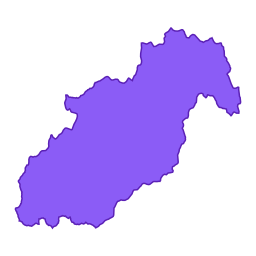 outline of Canta, Lima, Peru
{"feature_id": "86281439B11462215509346", "entity_name": "Canta", "entity_type": "district", "adm_level": 2, "iso_a3": "PER", "parent_name": "Peru", "parent_adm1": "Lima", "projection": "equal_earth", "projection_center": [-76.765, -11.534], "detail": "fine", "context": "isolated", "style": "filled", "palette": "violet", "viewbox_px": 256, "rotation_deg": 0, "n_neighbors": 0, "source": "geoboundaries", "source_scale": "gbopen_adm2", "svg_char_len": 5721}
<svg xmlns="http://www.w3.org/2000/svg" viewBox="0 0 256 256"><path d="M212.0,37.9L211.7,38.2L210.2,38.4L208.5,40.1L207.7,40.5L205.8,40.9L203.2,42.4L202.4,41.7L200.4,41.2L200.0,40.9L194.7,35.0L193.0,34.5L192.4,34.6L190.6,35.8L190.1,36.3L189.4,37.5L188.9,37.9L186.7,37.5L186.3,37.2L185.8,35.6L184.8,33.8L184.3,31.9L182.7,29.8L181.7,29.7L179.0,30.8L177.3,31.1L174.8,30.9L173.0,30.1L171.3,28.1L170.9,28.0L168.5,31.4L165.8,33.0L165.1,33.6L164.7,34.3L165.5,36.2L165.4,36.5L164.1,38.2L164.6,41.8L163.8,43.5L163.1,44.2L162.5,44.4L159.4,44.2L158.5,44.6L155.8,46.3L153.7,46.5L151.3,42.5L150.6,42.2L148.9,42.9L147.7,43.7L146.4,44.0L142.8,42.9L141.4,43.1L141.4,45.6L141.6,47.9L140.7,53.5L140.6,56.6L141.6,60.5L141.5,62.6L140.8,64.5L140.4,64.9L138.8,65.2L137.9,65.8L137.3,67.5L137.3,69.7L135.7,74.5L135.4,75.0L134.5,75.5L134.2,76.0L132.7,79.3L132.4,80.6L131.1,79.9L129.4,78.4L128.6,78.1L128.2,78.5L126.4,81.5L124.3,83.1L122.8,83.1L120.0,82.2L119.0,81.4L118.3,80.0L117.4,79.3L115.4,79.2L113.0,80.0L111.7,80.0L110.5,79.3L109.4,77.9L108.5,77.1L107.8,76.6L106.7,76.6L105.2,77.2L103.2,78.8L99.8,81.0L98.7,81.2L95.8,82.6L95.2,82.5L94.2,84.3L94.3,84.7L94.1,85.5L93.6,86.4L92.8,87.4L91.3,88.5L90.0,88.3L88.8,89.5L87.7,89.8L87.2,90.5L85.5,91.6L83.9,94.2L82.3,95.2L80.7,95.6L80.4,96.4L79.9,96.9L78.4,98.0L77.4,98.1L76.7,97.6L75.8,98.1L75.1,97.8L73.4,97.8L72.8,97.4L72.2,97.7L70.7,97.2L69.7,97.3L68.5,96.8L68.0,95.8L67.3,95.1L66.2,95.0L65.8,95.1L66.1,97.8L66.1,99.0L64.8,102.5L64.8,103.6L65.7,107.6L66.3,109.0L66.9,109.7L67.6,110.1L68.1,110.0L69.6,108.8L70.1,109.5L71.0,111.6L71.6,112.1L75.4,113.1L76.9,113.8L77.2,114.3L77.4,116.2L76.8,118.7L75.6,121.4L74.0,124.3L72.1,129.5L71.4,129.8L70.8,129.6L66.7,128.1L65.5,128.1L65.0,128.3L63.3,130.2L62.2,132.6L60.7,134.0L59.3,134.6L57.6,137.1L56.4,138.4L55.7,138.9L55.1,138.9L52.8,137.0L52.0,135.1L51.7,134.9L51.1,135.1L50.8,135.7L50.5,137.7L49.3,139.7L48.9,140.8L48.6,143.9L48.8,146.2L48.6,147.0L48.2,147.9L45.9,150.4L45.4,150.6L42.0,150.8L40.6,151.8L39.2,154.0L38.5,154.9L36.6,156.3L35.9,156.6L34.4,156.5L33.0,157.1L32.0,156.6L30.7,156.4L29.8,157.1L29.4,157.6L28.9,159.4L28.9,162.1L28.5,164.5L28.3,164.9L26.7,165.2L26.5,166.0L25.4,167.6L25.2,168.8L25.4,170.3L24.9,171.3L24.9,172.3L23.4,173.5L22.5,175.2L20.4,177.4L20.1,178.8L18.4,180.9L18.5,181.8L19.2,182.8L20.0,184.2L19.9,186.5L20.9,189.9L22.0,192.1L21.7,192.9L21.9,194.3L21.6,196.8L22.0,198.0L22.0,198.9L21.4,201.4L21.4,202.7L21.1,203.4L20.7,203.7L20.7,204.2L19.3,206.5L18.7,207.1L17.7,207.7L16.4,207.9L15.6,208.2L15.4,209.2L15.8,210.1L16.0,210.9L16.7,211.6L17.0,213.0L17.8,214.6L18.1,215.6L18.1,216.7L19.3,219.2L19.3,221.0L20.0,220.9L20.9,221.3L21.2,221.7L21.9,221.8L23.2,223.8L24.6,224.9L26.8,225.7L28.6,225.3L29.5,225.8L30.4,225.8L31.3,226.2L32.6,225.7L32.9,225.2L34.0,224.6L35.4,223.4L36.3,223.3L37.5,223.7L38.0,224.2L39.0,224.2L38.7,221.5L39.0,218.9L40.2,218.9L41.3,218.2L43.4,218.0L44.1,218.8L44.8,218.8L45.2,219.2L45.4,220.8L46.7,223.9L47.6,224.2L48.4,225.4L49.6,225.3L51.0,225.9L52.5,228.0L52.9,227.3L54.1,226.4L55.8,225.9L56.8,224.9L58.0,223.1L58.4,223.0L58.5,221.5L58.9,220.9L58.6,219.4L58.8,217.1L61.0,216.4L61.5,216.0L62.1,216.1L62.8,215.6L64.4,216.3L65.1,216.0L65.7,216.2L66.1,216.9L68.4,218.4L68.7,218.3L69.4,217.4L70.1,217.1L70.6,218.5L70.6,219.5L71.8,222.0L72.1,222.3L73.5,222.4L73.9,222.8L74.0,223.5L74.5,224.0L76.9,224.5L77.8,224.1L78.7,224.6L79.2,224.6L81.5,223.3L83.8,224.0L84.3,223.5L85.0,223.3L85.8,222.3L88.0,224.1L89.1,223.7L91.0,224.2L91.8,224.7L93.3,225.4L94.0,226.2L94.7,226.4L95.5,227.8L96.0,227.7L98.5,226.3L99.8,224.7L102.6,223.3L105.0,220.6L107.1,219.6L108.8,219.1L109.5,218.5L111.9,217.3L113.2,216.4L113.7,215.1L114.0,208.0L114.8,206.9L116.7,202.7L117.6,201.4L119.0,201.0L121.0,199.9L122.7,200.3L125.0,200.3L128.2,198.7L132.0,193.9L132.9,191.4L133.7,190.2L134.5,189.9L136.4,189.8L137.5,189.6L140.1,186.6L140.8,186.1L142.2,184.0L142.7,183.7L143.5,183.4L144.9,183.4L147.0,184.3L148.9,184.6L150.0,184.2L153.2,181.7L153.9,181.5L157.0,181.6L159.2,181.3L159.9,181.4L160.5,180.6L160.6,179.2L160.9,178.1L162.3,176.0L163.3,174.9L164.5,174.3L166.4,174.7L168.1,173.0L170.5,172.7L172.6,172.2L172.9,171.8L173.1,170.6L172.2,169.2L172.4,167.1L172.6,166.7L174.0,166.1L175.2,165.0L177.4,163.7L178.1,162.8L178.2,161.7L177.6,155.0L179.0,151.7L179.4,149.2L180.4,147.5L180.7,146.4L181.7,144.2L183.5,143.5L184.2,142.0L185.1,140.8L185.4,140.0L185.5,139.1L185.3,138.4L185.5,137.1L185.1,136.3L183.1,129.8L182.4,128.6L182.3,128.1L183.3,126.4L183.5,125.5L183.4,124.2L182.5,122.5L182.5,121.8L182.7,121.1L183.2,120.4L185.3,118.6L186.0,118.2L187.5,118.0L187.8,117.7L188.4,115.7L188.4,112.5L189.0,110.6L189.3,109.8L190.4,108.8L193.3,107.6L193.6,107.0L194.7,105.1L195.4,103.1L195.9,102.9L196.3,102.4L196.5,100.6L196.7,97.2L198.5,94.2L200.0,93.5L201.6,93.3L202.2,93.5L202.9,93.9L203.2,94.5L203.3,95.5L205.9,97.7L206.3,97.4L207.1,96.2L207.5,94.9L207.9,94.8L209.9,95.7L212.7,95.7L214.4,97.7L215.5,100.1L216.3,101.2L216.8,103.6L217.1,104.2L218.7,106.8L219.5,107.4L221.3,107.6L223.1,108.6L223.6,108.4L226.4,109.1L227.0,112.3L228.8,113.4L230.1,114.6L230.9,115.7L231.3,115.6L233.4,112.4L233.9,112.1L234.5,112.1L236.4,113.1L238.8,113.2L239.0,111.5L237.5,106.2L237.7,105.8L237.8,104.7L238.0,104.4L239.0,103.7L239.9,103.7L240.5,102.9L240.6,101.9L240.1,97.4L239.5,96.4L239.4,95.3L238.7,89.6L238.7,87.4L238.0,87.1L236.6,87.9L235.1,88.3L233.5,88.1L233.0,87.7L231.2,83.9L228.8,77.1L228.1,75.6L227.2,74.6L227.1,74.0L227.5,73.5L228.6,72.3L229.7,71.6L230.6,68.7L230.5,67.9L229.9,67.2L229.8,65.9L228.4,63.1L226.6,60.6L226.8,59.3L226.4,58.2L224.4,56.2L224.2,51.6L224.1,50.7L223.7,49.7L223.5,47.1L221.8,45.6L221.3,43.5L221.0,43.0L220.1,43.0L218.8,43.5L216.6,43.7L215.8,43.5L214.9,43.0L213.7,41.5L212.0,37.9Z" fill="#8b5cf6" stroke="#5b21b6" stroke-width="1.5"/></svg>